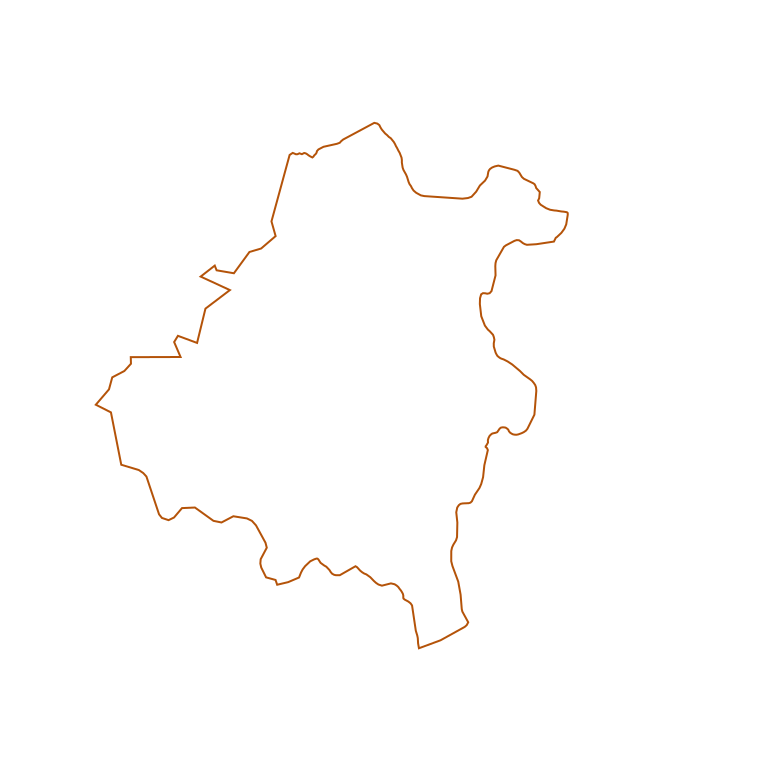 the Autonomous Community of Albacete, rotated 314°
{"feature_id": "ESP-5802", "entity_name": "Albacete", "entity_type": "Autonomous Community", "adm_level": 1, "iso_a3": "ESP", "parent_name": "Spain", "parent_adm1": "", "projection": "mercator", "projection_center": [-1.774, 38.723], "detail": "fine", "context": "isolated", "style": "outline", "palette": "amber", "viewbox_px": 768, "rotation_deg": 314, "n_neighbors": 0, "source": "natural_earth", "source_scale": "10m", "svg_char_len": 3826}
<svg xmlns="http://www.w3.org/2000/svg" viewBox="0 0 768 768"><g transform="rotate(314 384 384)"><path d="M604.5,407.3L590.4,396.5L583.4,390.1L582.4,388.1L581.8,385.9L581.6,383.5L581.2,381.3L579.7,379.5L577.6,378.4L568.5,375.4L566.0,375.0L551.0,378.8L548.5,380.2L546.1,382.2L539.6,388.8L525.5,396.8L522.7,396.9L520.7,395.6L519.5,393.7L518.1,392.1L516.0,391.6L512.4,393.5L508.1,397.4L500.3,406.9L496.1,416.0L495.3,420.9L495.4,423.4L495.1,428.3L494.0,430.5L492.5,432.7L489.5,434.7L487.2,437.0L484.1,442.5L483.5,444.2L483.0,446.0L483.1,447.9L483.4,449.8L483.9,451.1L484.8,453.0L486.1,457.3L487.1,462.6L487.8,472.8L487.7,478.1L488.9,486.0L489.1,488.5L488.8,491.1L488.3,493.5L487.2,495.7L484.8,498.4L466.4,513.5L451.4,518.3L449.0,518.5L446.5,518.0L444.3,517.2L441.0,515.6L439.6,514.6L438.4,513.3L437.4,511.8L436.9,510.2L436.6,508.4L436.8,506.7L437.5,505.0L437.4,503.4L437.1,501.8L436.2,500.5L435.1,499.3L433.8,498.4L432.2,498.2L428.0,498.9L426.5,498.2L423.6,496.3L421.9,496.0L420.0,496.0L417.7,496.7L415.8,497.7L414.1,499.5L410.9,500.3L409.8,500.4L409.3,500.9L409.4,502.7L408.6,504.6L395.3,512.6L385.8,520.0L379.6,523.4L375.5,524.9L367.5,526.3L360.7,528.7L358.7,528.6L357.1,527.7L352.8,523.6L350.9,522.3L348.8,522.0L346.0,522.5L341.9,525.1L335.3,533.0L324.6,542.9L321.6,544.4L316.6,545.5L313.7,546.5L310.6,548.4L303.2,555.5L300.6,559.7L293.4,574.7L285.7,585.4L276.1,596.3L274.7,598.5L271.1,610.1L268.0,611.0L265.4,610.8L238.9,602.7L218.2,592.7L221.1,588.7L224.7,584.8L226.2,582.6L228.6,578.3L244.2,558.0L244.7,555.4L244.4,552.6L243.3,548.7L243.2,547.0L244.0,546.0L245.1,545.0L246.1,543.5L246.7,541.7L247.2,539.7L247.5,537.3L247.9,535.3L247.8,533.1L247.3,530.7L245.4,527.5L237.5,522.6L235.9,519.3L235.4,516.4L235.3,513.5L235.5,508.4L234.8,503.6L233.9,501.4L233.4,499.0L233.2,496.5L233.5,491.9L233.1,490.1L215.7,485.0L213.1,482.3L212.1,480.7L211.5,478.5L211.7,476.3L212.3,474.0L212.5,469.4L211.9,467.1L211.3,462.6L212.2,458.8L212.2,457.7L212.1,457.4L212.0,457.2L211.5,456.7L209.4,455.6L205.2,454.1L198.2,453.8L194.1,454.3L190.7,455.3L185.8,457.3L174.9,452.7L165.4,446.6L167.7,442.1L163.0,433.5L166.7,423.2L168.9,419.8L172.3,417.0L184.8,413.4L187.5,409.0L193.4,390.1L193.8,384.1L192.1,378.8L184.2,367.5L171.5,363.3L167.1,356.4L163.8,333.8L154.4,324.9L142.1,325.7L136.4,323.6L133.4,317.3L134.0,312.7L152.4,277.4L152.7,272.7L151.8,267.4L143.4,251.1L173.9,207.3L168.9,191.1L189.1,189.9L200.0,183.9L213.0,188.2L222.8,187.9L227.4,183.2L262.1,218.9L268.4,203.9L275.5,202.3L283.7,221.0L314.2,203.2L344.5,207.9L333.9,177.5L351.6,180.0L349.5,184.6L359.4,199.1L385.5,195.5L396.1,201.5L415.1,203.3L422.8,190.1L483.2,157.0L486.8,157.8L487.4,159.2L488.1,161.1L489.3,162.2L491.2,162.9L491.7,164.0L492.3,165.3L494.7,166.1L495.5,167.4L495.9,169.0L496.1,171.0L496.5,172.8L497.2,175.1L498.5,175.3L499.9,175.0L502.1,175.1L503.6,174.8L504.9,174.0L507.2,173.9L512.6,175.7L524.1,183.3L526.8,184.6L528.8,184.5L531.5,184.8L565.1,195.6L566.7,198.3L567.0,200.8L566.1,203.3L565.5,205.7L565.0,210.8L565.2,213.4L565.1,215.8L565.5,218.2L564.9,223.0L564.2,225.4L563.4,227.4L562.9,229.3L561.8,232.4L561.2,234.6L559.0,239.4L557.5,241.3L555.7,243.0L552.6,247.1L551.5,249.3L550.0,254.3L549.0,256.7L546.4,261.4L545.5,263.6L545.1,265.9L544.3,268.1L543.7,270.9L543.9,274.3L545.3,279.5L547.2,282.5L571.8,311.7L576.1,315.2L579.5,316.9L586.4,316.7L593.4,315.1L600.5,315.4L605.2,314.3L609.0,311.7L610.5,311.1L612.4,310.9L614.9,311.4L617.4,312.5L620.5,314.5L628.7,329.0L630.1,332.0L630.0,334.5L628.7,339.4L628.8,342.1L632.1,352.1L632.3,353.6L631.6,355.7L630.7,357.3L630.3,362.7L627.7,364.8L625.4,366.6L623.0,367.4L622.0,369.7L621.8,372.2L623.1,378.5L624.7,382.4L627.1,385.9L628.5,387.6L631.3,391.7L632.9,393.7L634.6,396.2L634.6,397.4L633.4,398.6L625.4,404.2L621.0,405.9L615.9,406.6L609.8,406.3L608.5,406.0L604.5,407.3Z" fill="none" stroke="#b45309" stroke-width="2"/></g></svg>